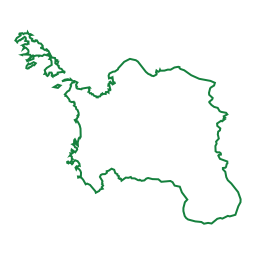 the district of Aceh Besar, Aceh, Indonesia
{"feature_id": "22746128B90547447297479", "entity_name": "Aceh Besar", "entity_type": "district", "adm_level": 2, "iso_a3": "IDN", "parent_name": "Indonesia", "parent_adm1": "Aceh", "projection": "mercator", "projection_center": [95.268, 5.409], "detail": "fine", "context": "isolated", "style": "outline", "palette": "green", "viewbox_px": 256, "rotation_deg": 0, "n_neighbors": 0, "source": "geoboundaries", "source_scale": "gbopen_adm2", "svg_char_len": 5531}
<svg xmlns="http://www.w3.org/2000/svg" viewBox="0 0 256 256"><path d="M214.9,82.8L210.5,80.9L199.2,78.8L191.2,75.2L184.1,70.2L180.5,69.0L179.5,68.1L179.5,67.1L178.3,66.8L174.4,67.5L170.6,69.7L167.8,69.6L164.5,70.6L161.3,70.7L160.3,70.5L160.0,69.8L159.5,71.2L158.2,71.8L156.5,70.5L156.0,72.4L156.7,73.7L156.4,74.6L153.6,76.1L151.6,75.7L150.5,75.0L151.3,75.0L148.4,74.0L145.9,71.9L137.9,61.6L135.8,60.2L129.9,58.9L124.2,61.8L118.3,68.2L117.9,69.4L114.9,71.5L113.0,71.7L109.5,73.5L108.6,75.6L109.0,78.4L111.2,77.6L111.4,78.1L112.5,77.3L113.0,81.1L113.4,82.2L114.5,82.4L114.8,83.1L112.6,84.4L110.3,81.7L109.5,82.2L109.6,83.5L108.5,84.1L108.3,85.7L109.4,85.6L110.3,89.4L108.8,89.4L109.3,90.1L108.8,90.1L108.5,91.2L108.5,92.6L107.6,92.0L105.9,92.1L105.7,94.0L103.8,93.8L102.0,94.6L102.0,93.7L101.1,94.3L100.2,96.3L97.9,96.7L97.8,97.4L96.5,97.3L96.3,96.4L94.1,95.8L92.8,94.1L91.9,94.4L91.2,93.2L89.8,93.3L89.1,91.9L88.5,91.8L89.5,90.0L88.9,88.9L89.1,87.9L89.9,87.8L89.5,87.3L81.9,88.6L81.5,89.3L77.3,88.6L76.4,87.7L76.9,86.5L76.2,86.1L76.1,84.6L77.4,82.5L74.4,81.0L73.3,81.1L73.8,82.4L72.2,82.7L70.5,85.0L71.1,85.9L69.3,90.4L67.4,91.5L64.9,94.4L65.6,94.9L65.4,95.9L66.5,96.0L69.2,99.4L69.6,101.1L71.5,102.1L73.7,101.8L73.9,102.7L74.5,102.7L74.8,104.3L73.9,105.6L75.9,107.0L76.2,109.0L77.6,110.1L78.6,112.9L78.7,114.9L77.3,115.2L77.1,114.8L77.3,115.3L78.1,115.6L78.2,116.8L77.4,117.2L77.0,118.8L74.8,120.0L76.0,122.0L76.6,121.0L77.5,121.3L79.6,125.1L80.5,128.6L80.7,136.8L79.9,138.2L79.3,137.7L78.8,138.3L77.7,142.7L77.9,145.6L75.9,144.0L76.0,141.3L74.9,139.3L74.2,140.1L74.0,143.7L72.5,144.3L74.3,145.5L75.0,147.2L76.9,148.0L77.2,149.5L75.3,152.3L71.7,149.6L71.5,150.6L72.6,150.7L72.1,151.4L73.1,152.6L72.3,153.4L70.5,153.3L70.9,154.2L70.0,155.5L70.9,155.1L70.8,156.0L71.8,156.6L71.8,158.3L72.4,158.9L71.9,158.9L71.7,160.7L69.9,162.9L71.1,163.1L72.0,164.2L72.9,163.3L73.1,162.1L75.2,160.3L77.6,161.2L79.4,163.7L79.7,165.8L79.1,165.6L77.4,166.7L76.6,166.3L75.5,167.6L76.3,169.4L77.1,167.9L78.6,168.7L80.2,170.5L81.0,172.5L80.9,176.1L80.4,176.6L78.0,176.5L78.2,177.6L79.3,177.2L81.4,177.7L83.2,179.8L85.7,184.3L87.1,183.6L90.0,184.9L95.4,191.3L95.8,192.7L99.1,191.0L100.2,189.4L102.7,188.7L101.7,187.2L103.1,185.5L102.0,184.1L102.5,183.6L102.1,182.2L102.5,181.2L99.9,176.9L100.8,175.0L102.3,174.2L105.1,174.1L106.9,172.7L106.7,171.2L108.5,170.8L111.6,168.7L114.2,169.8L115.3,173.1L117.4,174.2L117.5,175.5L118.9,176.2L118.6,178.2L119.7,178.9L120.5,178.5L121.0,178.9L121.5,180.7L125.8,177.6L128.4,177.8L130.8,177.0L131.6,178.3L134.8,178.4L137.9,180.1L139.2,180.3L139.8,179.8L141.5,180.8L144.4,180.4L146.3,178.6L148.1,178.0L152.5,179.1L158.4,179.3L161.3,181.8L170.4,181.0L172.6,182.2L174.6,185.6L179.8,186.7L181.9,192.4L187.3,199.6L184.9,202.2L183.4,208.0L183.4,211.1L184.7,216.0L186.1,218.0L188.1,219.5L195.3,221.4L201.4,222.0L204.0,223.7L208.1,222.9L211.6,223.5L217.3,218.8L220.3,218.0L222.4,218.6L227.8,215.9L229.8,216.4L235.4,214.8L238.3,206.3L240.5,202.2L240.6,199.2L238.1,192.1L231.3,183.5L227.8,180.2L226.3,177.2L225.3,171.8L222.9,169.3L222.9,168.0L225.4,167.7L226.1,166.8L226.6,164.2L227.4,163.4L227.3,161.5L219.9,158.8L218.3,155.6L218.9,154.9L220.9,154.6L220.8,153.4L219.5,152.3L217.0,152.3L215.6,151.3L215.4,146.0L216.6,143.7L216.1,141.6L218.8,138.6L217.8,134.4L218.2,131.6L219.9,130.4L220.3,128.4L217.3,125.9L217.1,123.5L221.1,120.8L222.1,121.3L224.8,119.2L223.7,118.8L224.8,117.7L223.9,117.5L223.7,116.3L227.3,114.4L226.1,112.8L221.2,111.9L219.6,111.1L217.7,107.9L214.1,106.9L211.4,104.9L209.3,102.4L209.3,101.8L212.2,99.4L212.7,98.0L209.2,94.8L209.0,92.8L210.1,88.5L210.7,87.6L214.1,85.5L214.9,82.8ZM28.8,34.2L27.7,32.3L27.5,33.3L24.6,33.3L23.4,34.1L22.4,33.2L19.6,33.5L19.4,34.0L20.7,34.4L20.7,35.4L16.8,38.0L15.4,40.5L17.1,41.8L19.8,40.0L20.5,40.2L21.5,39.0L22.7,38.8L22.8,38.2L24.7,36.9L25.6,37.6L25.9,39.2L25.2,40.9L28.5,41.5L28.5,43.7L27.7,43.5L27.3,44.3L26.4,44.4L25.1,44.1L22.9,45.1L23.4,45.2L23.1,46.1L24.2,46.7L23.3,48.9L24.7,47.8L26.1,47.9L28.2,50.0L28.5,51.3L28.3,52.8L24.2,54.9L25.5,54.5L30.1,54.8L31.4,56.2L31.4,56.9L30.2,57.7L30.0,58.5L28.4,59.2L27.9,60.2L26.8,60.2L27.3,61.2L33.5,58.8L33.5,56.3L31.6,56.3L33.0,55.4L34.3,56.1L36.3,55.5L38.9,55.5L39.0,56.2L40.1,55.6L42.3,56.0L44.2,54.6L48.9,55.7L50.1,57.2L50.5,56.9L51.2,56.2L50.0,54.3L47.6,55.1L47.6,54.3L49.8,53.6L48.4,50.9L47.2,50.8L47.2,49.7L46.4,49.2L45.1,50.1L43.4,49.1L43.2,48.4L41.2,48.2L41.1,47.7L42.7,46.8L42.7,45.8L40.9,43.6L38.6,43.2L36.9,40.4L35.7,40.3L35.4,41.2L34.6,41.5L33.4,41.3L33.4,40.7L32.1,40.8L31.7,39.7L32.1,38.8L29.9,37.7L29.6,36.5L30.3,35.1L31.8,34.9L30.5,34.1L28.8,34.2ZM52.6,57.6L50.4,57.9L49.5,59.0L50.4,59.1L51.5,61.1L51.7,64.9L46.8,67.9L44.7,70.2L45.4,72.3L44.6,73.9L46.3,73.7L46.5,75.3L47.5,76.0L48.6,74.9L49.4,72.6L51.5,72.6L52.0,73.6L51.7,75.7L52.8,76.7L53.2,75.6L53.9,75.3L54.6,75.8L55.6,74.8L56.4,74.9L56.9,74.2L57.7,74.1L57.7,72.6L62.8,71.9L65.1,73.0L64.3,72.4L64.4,71.6L63.2,71.2L61.5,68.9L59.7,68.4L58.8,67.5L58.7,65.8L57.9,65.6L57.3,64.3L57.7,63.1L56.3,64.1L55.3,63.2L55.4,61.3L57.5,60.9L57.4,60.2L55.5,59.9L55.0,58.0L52.6,57.6ZM33.7,62.2L30.1,64.1L29.0,64.3L28.5,63.6L26.6,66.1L26.3,68.1L27.3,68.6L28.8,68.3L29.0,67.5L30.8,66.9L32.9,65.1L34.2,65.3L35.8,63.3L33.7,62.2ZM57.9,87.9L60.5,85.5L57.9,84.7L53.9,87.1L57.9,87.9ZM67.8,79.2L64.8,79.7L62.0,81.3L67.0,80.0L70.7,79.9L67.8,79.2ZM68.1,161.5L67.2,161.9L67.2,162.8L68.3,163.3L68.7,162.1L68.1,161.5ZM72.3,80.7L71.2,79.7L71.3,80.2L72.3,80.7ZM22.6,55.2L22.9,54.6L21.7,54.9L22.6,55.2ZM16.7,42.9L17.2,42.7L17.2,42.3L16.7,42.9Z" fill="none" stroke="#15803d" stroke-width="2"/></svg>